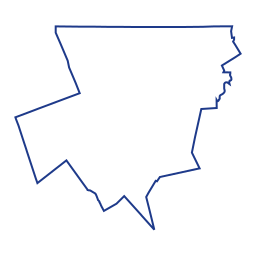 outline of Santa Cruz, Sonora, Mexico
{"feature_id": "50627088B60654527748106", "entity_name": "Santa Cruz", "entity_type": "district", "adm_level": 2, "iso_a3": "MEX", "parent_name": "Mexico", "parent_adm1": "Sonora", "projection": "orthographic", "projection_center": [-110.513, 31.156], "detail": "fine", "context": "isolated", "style": "outline", "palette": "blue", "viewbox_px": 256, "rotation_deg": 0, "n_neighbors": 0, "source": "geoboundaries", "source_scale": "gbopen_adm2", "svg_char_len": 2659}
<svg xmlns="http://www.w3.org/2000/svg" viewBox="0 0 256 256"><path d="M37.4,183.1L66.4,160.4L81.4,181.2L87.7,189.9L87.7,190.0L87.8,190.0L88.0,190.1L88.3,190.2L88.6,190.3L88.8,190.3L89.1,190.3L89.3,190.3L89.7,190.3L89.8,190.4L90.0,190.4L90.2,190.5L90.4,190.6L90.5,190.7L90.8,190.8L91.3,191.1L92.1,191.6L92.7,192.0L93.3,192.3L93.6,192.5L94.1,192.8L94.5,193.0L94.9,193.3L95.1,193.4L95.2,193.6L95.4,193.7L95.5,193.9L95.6,194.0L95.8,194.2L95.9,194.4L96.0,194.8L96.2,195.1L96.4,195.6L96.6,196.1L97.0,197.1L97.1,197.5L97.4,198.1L97.6,198.7L97.7,199.1L97.8,199.3L97.9,199.6L98.0,199.8L98.0,200.0L98.3,200.3L98.5,200.5L98.8,200.8L99.1,201.1L99.3,201.4L99.4,201.5L99.4,201.9L99.4,202.0L99.5,202.2L99.5,202.3L99.6,202.5L99.8,202.8L99.9,203.0L100.0,203.1L100.1,203.3L100.2,203.6L100.3,203.7L100.4,203.9L100.5,204.1L100.7,204.6L100.8,204.9L100.9,205.2L101.0,205.5L101.4,206.1L101.6,206.6L101.7,206.9L101.9,207.1L102.0,207.4L102.2,207.6L102.3,207.8L102.4,208.1L102.5,208.3L103.2,209.6L103.5,210.1L103.9,210.9L116.5,203.7L124.2,196.1L138.7,212.2L141.4,215.2L141.4,215.3L149.1,223.9L154.3,229.7L149.2,208.9L146.2,197.0L148.5,192.8L155.7,180.8L157.0,181.3L159.9,177.0L198.5,168.6L199.6,168.4L191.9,152.6L195.0,137.3L201.3,109.0L216.7,108.0L216.6,99.9L216.9,100.4L217.2,100.8L217.9,101.1L218.3,100.8L218.6,100.5L218.8,100.1L218.9,99.7L219.2,99.5L219.4,99.0L219.7,98.7L219.7,98.4L219.7,97.8L219.6,97.2L219.7,96.6L219.8,95.9L220.1,95.5L220.5,95.1L221.5,94.6L222.2,94.2L222.9,93.8L223.1,93.5L223.5,93.2L223.9,92.8L224.1,92.5L224.5,91.9L224.6,91.6L224.7,90.8L224.6,90.2L224.5,89.6L224.3,89.1L224.2,88.5L224.2,88.1L224.2,87.4L224.2,86.3L224.2,85.3L224.2,84.7L224.2,84.2L224.3,83.7L224.7,83.2L225.0,82.8L225.5,82.5L226.2,82.3L226.6,82.3L227.3,82.4L227.8,82.8L228.2,83.0L228.6,83.3L228.9,83.5L229.2,83.8L229.3,84.0L229.6,84.2L229.5,83.8L229.4,83.3L229.2,82.7L229.2,82.4L229.2,82.1L229.3,81.7L229.4,81.3L229.5,81.1L229.6,80.8L229.8,80.6L230.4,80.6L230.8,80.3L231.1,80.1L231.4,79.5L231.4,78.9L231.3,78.3L231.2,77.8L231.2,77.4L231.1,77.2L230.7,76.7L230.4,76.0L230.2,75.6L230.0,75.1L230.0,74.7L230.1,74.4L230.3,74.0L230.3,72.4L223.4,72.3L224.2,70.6L221.9,65.5L235.0,57.4L240.6,53.7L235.0,44.5L233.1,41.6L233.6,40.7L234.1,39.5L234.1,37.5L232.0,37.9L231.1,31.2L232.1,26.3L214.1,26.4L202.7,26.8L183.0,27.0L181.3,27.0L159.6,27.0L134.4,27.0L123.5,26.9L111.7,26.9L95.6,26.7L94.2,26.7L84.0,26.7L55.7,26.4L55.7,29.9L55.7,32.7L60.5,43.7L67.7,60.7L69.1,67.5L73.4,77.6L75.8,83.3L79.7,93.2L56.1,102.0L40.9,107.7L39.8,108.1L38.2,108.7L34.3,110.2L15.4,117.3L16.1,119.4L18.5,125.6L24.1,142.8L26.2,149.1L26.9,151.4L36.1,179.4L36.5,180.4L37.4,183.1Z" fill="none" stroke="#1e3a8a" stroke-width="2"/></svg>